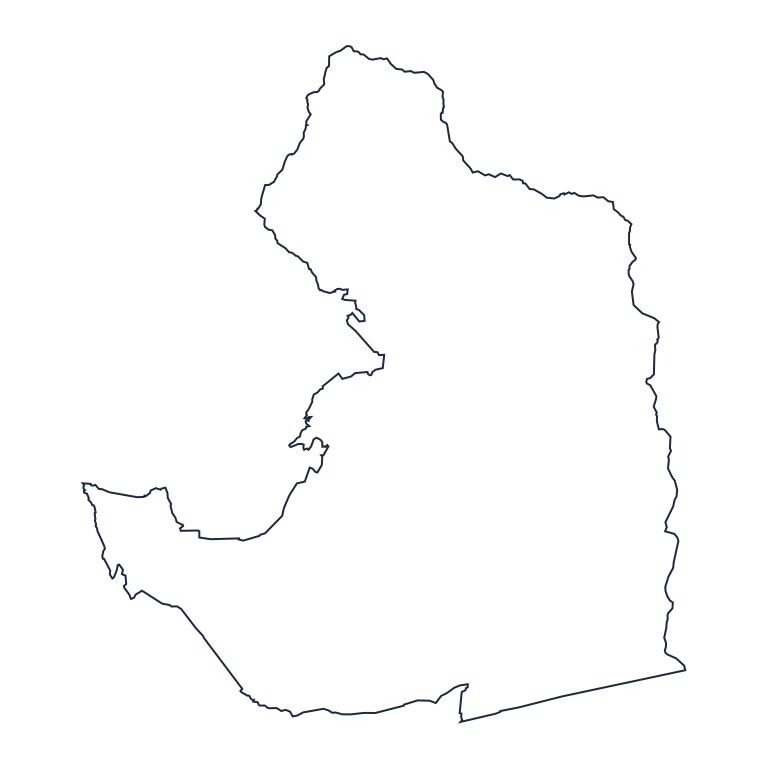 the district of Scortoasa, Buzau, Romania
{"feature_id": "2599482B46829986132598", "entity_name": "Scortoasa", "entity_type": "district", "adm_level": 2, "iso_a3": "ROU", "parent_name": "Romania", "parent_adm1": "Buzau", "projection": "orthographic", "projection_center": [26.658, 45.394], "detail": "fine", "context": "isolated", "style": "outline", "palette": "slate", "viewbox_px": 768, "rotation_deg": 0, "n_neighbors": 0, "source": "geoboundaries", "source_scale": "gbopen_adm2", "svg_char_len": 6055}
<svg xmlns="http://www.w3.org/2000/svg" viewBox="0 0 768 768"><path d="M684.1,665.6L676.3,658.5L667.3,654.4L665.4,652.6L664.8,650.5L665.9,646.9L666.1,643.1L664.2,637.7L666.3,627.9L666.7,622.4L667.7,619.2L667.5,615.3L668.2,613.2L672.5,608.3L672.8,602.5L669.8,600.4L667.2,596.1L665.5,590.9L665.3,586.8L668.5,576.5L673.2,567.8L673.7,562.4L678.4,541.0L677.3,537.4L674.4,533.9L665.1,531.3L666.8,527.2L665.4,522.2L673.2,506.4L674.6,500.0L676.5,496.6L677.2,489.9L674.8,480.6L672.4,477.6L668.0,468.5L668.9,459.9L668.2,456.5L671.0,450.8L669.9,448.3L670.5,436.6L664.5,429.7L662.3,429.0L658.9,429.4L656.9,421.5L657.0,416.2L656.1,414.6L656.8,412.8L653.7,406.7L656.2,398.4L656.3,396.1L650.4,385.4L647.0,383.5L646.2,382.0L647.0,378.9L650.1,378.1L653.9,374.4L654.4,354.4L655.3,350.2L655.0,344.8L657.2,342.7L657.8,340.7L657.2,339.6L658.7,337.9L657.4,326.5L657.8,323.8L659.1,322.1L654.2,318.2L642.3,313.3L633.6,305.0L631.9,291.6L633.6,284.1L632.6,281.1L629.2,276.0L628.6,273.3L628.7,269.8L629.5,269.1L629.5,266.0L632.9,261.5L635.4,259.8L636.0,258.2L631.6,251.9L629.9,247.0L630.1,244.8L629.1,244.4L629.0,233.5L630.0,230.6L630.1,227.3L631.4,224.2L627.7,220.7L625.2,220.0L623.4,216.8L620.6,215.4L618.3,212.6L613.8,209.2L612.9,202.0L608.2,201.2L603.4,197.2L597.7,197.6L593.5,195.4L583.9,196.4L578.9,195.8L574.3,192.9L571.7,193.9L569.0,192.3L564.4,194.5L564.0,193.3L560.4,194.2L559.5,196.0L554.2,198.5L546.8,197.7L541.6,193.7L533.8,189.4L529.6,189.0L525.4,183.5L523.0,183.3L522.8,181.0L519.6,179.4L513.2,179.5L509.7,175.1L507.7,176.1L500.9,173.5L495.1,177.1L488.9,174.3L485.0,175.4L478.1,171.3L472.7,172.5L470.7,168.7L463.3,160.5L462.7,156.3L456.0,149.0L452.1,142.9L449.9,141.5L447.1,124.7L446.0,123.0L443.2,121.8L440.9,119.6L440.8,114.1L441.7,112.7L442.6,112.8L443.1,108.0L444.0,106.8L443.4,104.1L443.5,99.6L442.5,96.9L443.0,91.9L441.7,90.3L437.0,87.6L434.5,83.7L433.2,79.9L427.7,73.8L423.9,71.9L414.4,72.8L410.8,71.1L404.6,71.7L402.1,69.5L396.3,68.9L390.8,63.9L387.0,58.4L383.6,59.3L380.8,58.1L372.6,59.6L369.1,59.0L363.6,54.5L360.5,54.3L359.0,52.3L357.0,51.4L353.7,51.2L351.7,47.4L350.4,46.4L346.8,46.1L340.5,50.7L336.1,52.2L329.2,56.3L329.0,66.1L326.7,67.8L325.4,72.1L323.8,79.4L324.2,84.4L320.1,88.5L318.8,90.9L317.3,92.0L313.7,92.2L309.0,94.3L307.4,95.7L306.3,98.1L307.4,99.6L307.2,101.3L308.1,104.4L307.5,107.6L308.8,111.7L310.7,114.3L306.2,121.6L306.3,124.3L307.3,125.0L305.9,125.5L305.8,128.1L303.7,132.8L303.9,136.3L303.3,138.7L299.8,143.0L297.4,149.4L294.3,153.4L292.0,154.6L291.4,153.9L288.5,154.9L287.2,156.4L284.9,161.3L282.4,169.7L277.3,174.5L277.0,176.3L274.0,181.8L269.1,184.9L265.1,185.1L261.3,198.1L260.8,204.3L258.3,208.6L257.4,208.6L256.8,210.5L255.4,211.0L260.0,215.4L264.8,218.7L264.3,224.4L265.0,226.9L268.3,229.6L272.4,230.4L275.1,235.1L275.4,238.7L277.2,240.7L277.5,243.1L285.6,248.3L288.9,252.1L292.1,252.8L295.9,255.8L298.0,256.4L303.0,261.5L307.3,262.9L309.0,269.0L310.7,269.3L311.8,272.1L316.2,277.4L316.3,280.4L318.0,284.7L318.6,288.3L320.2,290.3L321.2,289.9L323.1,291.2L329.7,293.0L335.0,291.5L334.4,290.7L337.3,289.0L340.0,288.8L342.3,289.9L347.7,289.4L347.1,294.1L344.1,294.7L342.2,298.9L344.9,299.9L355.5,300.7L355.1,302.8L356.2,306.3L356.2,308.8L359.2,310.2L364.2,315.2L364.6,320.9L359.3,321.5L352.3,313.0L351.1,314.5L347.6,316.0L348.4,316.9L348.3,318.2L346.8,320.3L348.0,324.2L355.5,330.9L374.1,351.9L377.5,352.2L379.0,355.1L384.2,354.8L382.8,368.1L375.6,369.7L372.4,372.0L371.3,374.9L369.7,375.3L367.9,373.8L367.5,372.0L355.1,373.1L351.0,376.5L342.4,378.9L338.5,373.5L322.7,386.3L322.8,388.6L320.2,389.4L317.4,392.6L313.8,394.5L312.2,399.6L312.3,401.8L308.5,409.6L306.4,412.1L306.1,413.7L307.0,414.9L304.5,418.3L306.8,418.6L308.5,417.2L311.0,417.0L308.8,419.4L308.7,420.8L306.5,420.4L305.6,421.7L306.3,423.6L309.3,426.1L306.2,426.8L305.8,428.6L302.2,430.3L300.6,433.2L300.0,436.5L297.0,438.1L294.3,441.5L289.9,444.3L289.2,445.5L290.7,447.1L298.1,444.1L301.5,443.9L303.7,444.6L303.4,448.0L304.1,449.7L307.1,448.5L308.5,449.7L311.1,446.5L313.7,439.3L316.5,437.7L320.6,439.9L322.2,441.9L322.4,446.8L324.0,446.3L325.4,447.0L327.2,445.1L328.4,446.4L323.5,455.1L321.2,455.3L322.3,456.6L321.8,464.9L317.4,472.5L315.2,471.8L312.7,468.7L309.7,467.6L304.8,481.6L296.9,483.4L289.4,495.2L283.9,508.1L282.2,515.8L265.0,533.4L260.3,534.7L259.3,535.9L243.2,540.6L238.6,539.4L238.9,538.4L210.6,539.2L199.3,537.5L199.3,531.1L197.9,530.5L180.8,530.8L180.0,528.4L183.1,526.1L183.1,525.2L176.7,522.0L175.4,517.7L172.3,513.1L170.5,505.7L171.2,504.0L167.8,498.1L167.4,492.8L165.4,487.7L161.3,488.7L160.6,489.7L155.9,488.2L150.7,490.5L149.9,493.1L145.7,496.2L144.5,495.6L143.9,496.9L137.3,497.2L109.5,492.3L101.8,489.1L98.9,489.0L95.4,484.9L92.9,485.7L91.0,485.1L90.8,483.9L82.7,483.3L84.2,485.4L83.4,486.7L83.5,488.5L85.0,490.1L83.9,490.8L84.0,492.5L86.9,493.7L88.9,498.2L88.4,499.8L91.0,502.4L92.3,505.1L93.8,505.4L94.5,506.9L95.6,512.5L94.8,512.9L94.7,514.0L95.4,519.1L94.9,520.5L96.1,524.4L95.6,526.0L97.1,528.4L97.4,530.9L104.1,545.7L104.9,548.8L103.3,551.1L102.3,556.1L102.9,558.7L104.0,558.8L110.2,570.5L109.8,574.4L112.4,578.5L113.9,577.4L116.6,570.7L117.8,565.0L119.2,564.6L122.9,569.7L122.0,574.2L125.5,575.6L126.2,584.0L123.9,586.0L124.2,587.7L129.1,594.3L131.0,598.9L134.0,597.8L135.6,594.6L142.0,590.7L162.1,603.6L169.5,605.0L171.5,606.5L177.1,606.4L181.1,608.9L196.0,628.3L203.1,636.0L204.1,638.2L242.3,688.9L240.4,690.9L241.4,692.2L247.3,695.6L249.3,695.8L250.8,698.6L252.8,700.3L253.9,700.0L253.3,701.6L257.8,702.3L258.8,704.9L259.7,705.5L264.7,705.5L268.3,708.2L276.7,708.1L281.4,711.0L284.9,710.0L287.4,710.4L290.2,711.9L292.7,716.4L297.1,715.6L303.2,712.4L323.5,708.8L328.5,710.4L332.3,712.8L335.4,712.5L342.4,714.3L351.2,714.3L364.3,712.9L375.3,713.0L403.7,705.7L404.0,704.6L417.7,700.4L429.5,700.7L435.8,703.0L441.2,695.9L446.9,693.1L454.0,687.9L459.6,685.5L467.7,684.2L467.7,687.2L465.8,688.3L465.7,689.7L464.5,690.8L462.1,691.7L461.6,693.0L459.7,713.1L461.4,713.6L461.2,717.6L462.2,720.1L460.6,721.9L495.7,713.7L500.2,711.9L500.2,711.1L519.2,707.3L562.2,696.4L685.3,670.2L684.1,665.6Z" fill="none" stroke="#1e293b" stroke-width="2"/></svg>